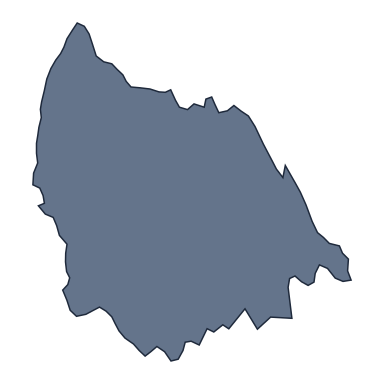 the district of Arabutã, Santa Catarina, Brazil
{"feature_id": "56859067B92044230546448", "entity_name": "Arabutã", "entity_type": "district", "adm_level": 2, "iso_a3": "BRA", "parent_name": "Brazil", "parent_adm1": "Santa Catarina", "projection": "equal_earth", "projection_center": [-52.181, -27.135], "detail": "fine", "context": "isolated", "style": "filled", "palette": "slate", "viewbox_px": 384, "rotation_deg": 0, "n_neighbors": 0, "source": "geoboundaries", "source_scale": "gbopen_adm2", "svg_char_len": 1538}
<svg xmlns="http://www.w3.org/2000/svg" viewBox="0 0 384 384"><path d="M339.4,245.9L329.3,243.4L323.5,237.5L317.5,232.6L312.1,221.3L306.0,204.9L300.4,192.3L295.6,183.6L285.3,165.5L282.9,177.6L276.4,169.1L272.7,161.9L263.4,144.2L255.0,126.5L248.4,116.0L241.1,111.1L233.9,105.5L227.4,110.8L218.8,112.7L214.9,104.4L211.7,97.0L205.9,99.1L204.2,107.2L194.0,103.9L187.5,109.6L179.4,107.2L175.5,100.3L170.7,89.8L165.3,92.3L159.0,91.9L150.0,89.0L140.0,87.8L131.0,87.0L126.2,81.4L122.9,74.9L117.1,69.4L111.8,63.8L103.7,61.8L96.2,56.0L92.4,44.0L89.1,34.0L84.3,26.3L77.2,23.0L72.6,29.9L67.0,38.7L63.9,47.2L60.6,53.6L55.8,60.0L50.9,68.5L46.8,79.0L44.3,90.8L41.6,101.9L40.4,109.3L41.3,117.6L38.9,127.3L37.8,135.3L36.5,143.3L36.5,153.3L37.7,163.0L33.6,173.1L32.9,184.8L39.8,188.1L43.1,195.6L44.4,203.3L38.4,205.8L45.3,214.1L53.2,217.4L56.7,225.7L59.4,235.4L67.0,244.2L65.7,253.2L65.5,261.9L66.6,271.6L69.7,277.8L67.8,284.6L62.7,290.1L66.9,300.2L70.2,310.3L76.5,316.3L85.9,314.3L93.4,310.3L99.5,307.1L106.0,311.1L111.8,316.8L115.1,323.5L119.0,330.9L125.0,338.1L133.5,344.0L139.2,350.5L145.1,356.1L150.8,351.7L156.9,346.5L164.6,351.7L171.0,361.0L178.2,359.2L183.0,350.5L185.2,342.2L191.1,341.2L199.2,345.0L207.1,328.7L213.8,332.0L222.8,324.8L228.8,328.8L245.0,308.8L257.4,329.2L270.6,317.1L291.9,318.3L288.1,287.3L289.6,278.5L295.0,276.0L301.6,281.8L308.1,285.4L314.0,282.1L315.2,273.4L319.4,264.9L327.5,268.4L335.2,278.1L343.0,281.4L351.1,280.1L347.6,270.9L348.4,259.1L342.5,253.2L339.4,245.9Z" fill="#64748b" stroke="#1e293b" stroke-width="1.5"/></svg>